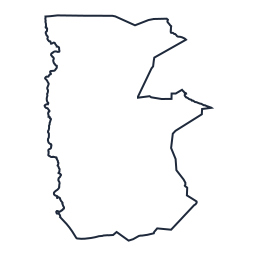 Haut-Sassandra, Haut-Sassandra, Ivory Coast
{"feature_id": "98640826B13622385448205", "entity_name": "Haut-Sassandra", "entity_type": "district", "adm_level": 2, "iso_a3": "CIV", "parent_name": "Ivory Coast", "parent_adm1": "Haut-Sassandra", "projection": "orthographic", "projection_center": [-6.803, 7.032], "detail": "fine", "context": "isolated", "style": "outline", "palette": "slate", "viewbox_px": 256, "rotation_deg": 0, "n_neighbors": 0, "source": "geoboundaries", "source_scale": "gbopen_adm2", "svg_char_len": 5478}
<svg xmlns="http://www.w3.org/2000/svg" viewBox="0 0 256 256"><path d="M166.7,18.7L153.5,19.0L153.3,19.1L148.6,20.0L135.0,25.3L115.3,16.4L112.4,15.8L82.9,15.7L57.4,15.4L50.1,16.2L45.5,16.5L45.6,17.3L45.3,18.3L45.5,19.0L45.4,19.7L45.5,20.3L45.7,20.8L45.4,21.8L45.9,23.6L46.0,24.4L45.9,24.7L46.1,26.1L46.1,26.6L45.6,27.1L45.8,27.7L46.1,27.7L46.3,27.5L46.5,27.9L47.0,28.3L47.1,28.6L47.1,29.2L46.9,31.1L46.6,31.5L46.1,31.7L45.8,32.1L45.7,33.0L46.6,35.4L47.3,36.0L47.8,36.9L47.7,37.7L47.4,38.5L47.4,38.9L48.1,40.2L48.7,40.7L48.9,41.1L49.2,41.3L50.0,41.3L50.3,41.4L51.1,43.7L51.6,43.6L52.4,43.3L53.4,42.7L53.8,42.6L54.5,42.8L54.8,43.0L55.3,44.1L56.7,45.9L56.9,46.2L56.8,46.6L57.2,46.7L57.5,46.6L57.9,46.7L58.5,47.0L58.9,47.4L59.1,48.0L59.1,49.4L59.4,50.6L59.4,51.2L59.3,51.6L58.9,51.8L57.6,51.9L56.5,51.5L55.1,51.4L54.4,51.6L53.6,51.9L53.4,52.0L52.6,52.9L52.1,53.0L51.6,53.4L51.4,53.6L51.1,54.2L51.2,55.3L51.9,56.0L52.5,56.9L53.2,57.2L53.7,58.1L53.8,58.8L53.3,60.0L53.2,60.8L53.4,61.5L53.8,62.8L54.5,63.9L54.8,64.0L55.2,64.8L56.1,65.6L56.7,65.7L56.9,66.0L56.7,66.6L56.8,67.5L56.4,68.4L55.7,69.1L55.4,69.7L54.7,70.5L54.2,70.7L53.8,70.8L52.3,70.9L51.5,71.0L50.9,71.0L50.5,71.2L50.1,71.9L50.3,72.5L50.4,73.1L50.7,73.3L50.9,73.7L50.8,74.2L49.5,74.8L48.8,75.7L48.7,76.1L48.4,76.6L47.2,76.7L46.5,76.6L45.9,77.0L45.3,77.7L45.1,78.2L45.3,78.7L46.6,80.0L47.1,80.7L48.1,82.7L48.6,83.4L48.7,83.9L48.4,84.9L48.0,85.9L47.2,88.0L47.4,89.1L47.8,89.7L47.9,90.0L48.0,91.0L47.8,92.3L47.5,93.2L47.1,93.9L47.4,95.7L46.9,97.4L46.7,98.9L46.9,100.7L47.7,102.5L48.2,102.8L48.3,103.2L47.9,104.3L47.1,104.2L46.2,104.4L44.9,105.2L44.6,105.7L44.9,106.7L45.4,107.3L46.2,108.0L46.6,108.1L47.4,108.2L47.6,108.3L48.9,110.2L49.3,110.6L49.5,111.0L49.4,111.4L49.2,111.7L48.6,111.9L48.3,112.4L48.2,113.0L48.1,113.3L48.4,115.0L48.6,115.3L48.6,116.2L48.5,116.8L48.9,116.9L49.3,116.8L49.6,116.9L49.8,117.4L49.8,118.2L50.1,118.4L50.6,118.5L50.8,118.7L50.9,119.2L50.9,119.5L50.6,120.1L49.9,122.4L49.7,122.7L49.6,123.1L49.7,124.1L49.0,125.8L49.1,127.7L49.0,128.7L48.6,130.2L48.3,130.9L48.1,131.0L48.0,132.1L48.3,132.7L48.7,133.1L48.9,133.6L48.9,136.0L48.8,137.4L48.5,138.1L48.1,138.7L47.9,140.0L48.3,141.8L48.5,142.3L48.8,142.8L50.1,143.9L50.7,144.0L51.0,144.2L51.0,144.7L51.4,145.0L51.4,145.3L51.4,145.9L51.2,146.1L51.1,146.5L51.1,147.4L51.0,147.8L50.7,148.4L50.1,148.8L49.0,149.3L48.4,150.0L48.3,150.8L48.4,151.3L48.7,151.8L48.5,153.0L48.6,153.6L48.4,154.4L48.3,155.1L48.5,155.4L48.9,155.8L49.5,156.0L50.2,156.4L50.6,156.8L51.3,157.0L52.7,157.0L53.1,156.7L53.9,157.0L54.3,157.0L54.7,157.1L54.9,157.1L55.4,157.3L56.1,157.3L56.3,157.4L56.3,158.0L56.8,158.3L56.8,158.5L56.7,158.7L56.8,159.1L57.9,161.0L57.9,161.3L57.9,162.1L58.0,162.3L58.4,162.8L58.3,164.0L57.7,165.3L57.6,165.6L58.1,166.0L58.3,166.3L58.7,167.3L58.9,168.1L59.4,168.7L59.6,169.2L59.5,170.1L59.4,170.7L59.4,171.7L58.6,172.7L58.5,173.0L60.2,173.9L60.9,174.6L61.0,175.0L60.8,175.5L60.4,176.0L59.8,177.2L59.4,177.5L58.6,178.3L58.6,178.9L58.4,179.5L58.3,180.0L58.4,180.3L58.6,180.8L59.3,181.9L59.6,183.2L59.3,184.7L59.3,185.2L59.1,186.5L59.3,186.9L59.0,187.8L58.6,188.5L57.5,189.7L55.8,190.8L54.3,192.2L54.0,192.6L53.9,193.3L54.0,194.2L54.2,194.6L54.5,194.9L55.2,195.4L55.7,195.6L56.1,195.8L57.3,196.2L57.4,196.4L57.6,196.6L57.1,197.5L57.0,197.8L57.2,198.0L57.4,198.0L58.2,197.2L59.1,197.5L60.0,198.2L60.1,198.5L60.0,198.9L60.7,200.3L61.2,201.2L61.9,201.9L62.6,202.9L62.6,203.1L62.3,203.6L62.4,203.8L63.4,206.4L64.0,207.3L64.0,207.9L63.9,208.6L63.7,208.8L63.0,209.1L62.4,210.1L62.1,210.3L61.6,210.3L61.3,210.5L60.9,211.1L60.4,211.4L59.4,211.7L59.2,211.6L58.3,211.4L57.7,211.1L57.1,211.0L56.9,211.0L56.3,211.7L56.4,212.7L56.7,213.2L57.0,213.6L57.3,213.6L57.5,213.5L58.2,213.6L58.7,213.4L58.9,213.4L59.1,214.1L59.6,214.6L60.2,216.1L60.3,216.8L60.1,217.1L66.6,224.0L69.5,227.6L72.2,231.4L76.2,237.8L76.7,238.3L77.5,238.5L81.3,238.8L84.8,238.7L90.9,238.0L95.2,237.2L99.0,236.2L102.3,235.9L103.6,235.5L107.7,235.2L108.3,235.3L113.1,235.0L116.6,232.0L128.6,240.6L133.1,239.2L138.8,236.0L139.4,235.8L139.8,235.8L140.5,235.6L142.0,235.6L147.5,234.8L153.8,233.3L154.2,231.9L157.2,228.4L171.1,229.7L194.1,205.2L195.6,204.3L195.9,203.8L196.6,202.8L196.6,202.4L196.7,202.1L196.6,201.7L196.5,201.4L190.8,197.8L186.9,195.4L187.2,187.8L186.9,187.4L185.3,186.3L184.8,185.7L185.3,184.7L185.4,184.3L185.3,183.8L185.4,182.8L183.6,179.5L176.4,170.2L175.6,159.0L171.1,148.0L172.8,133.7L175.5,130.8L201.8,114.3L202.1,109.0L211.4,107.8L211.1,107.6L209.8,107.2L209.1,106.9L206.5,106.0L205.6,105.6L204.8,105.2L204.0,105.3L203.7,105.2L201.3,103.8L200.0,103.6L198.1,102.9L196.5,102.2L195.0,102.0L194.7,101.8L194.2,101.4L193.8,101.2L193.4,100.8L192.8,100.6L192.0,100.7L191.4,99.8L190.5,99.6L190.1,99.4L189.1,99.1L187.9,98.1L186.9,97.6L186.2,97.4L186.1,97.1L185.8,97.0L185.3,96.4L184.8,95.7L184.7,95.4L184.8,94.5L184.9,94.3L186.1,93.7L185.9,93.2L185.1,92.8L184.4,92.6L183.7,91.5L183.0,91.0L182.0,89.8L175.8,93.5L171.6,93.5L171.5,98.9L161.6,99.0L151.2,97.3L149.6,96.2L138.0,97.7L138.0,96.6L151.5,68.4L153.1,66.4L153.8,60.6L154.3,57.6L186.0,39.7L185.4,39.1L184.6,38.5L182.9,37.7L182.0,37.3L180.2,36.8L178.7,36.7L178.4,36.7L177.6,36.5L177.0,36.1L176.1,34.9L175.1,34.0L174.5,34.0L174.1,33.9L173.4,33.2L172.9,32.9L171.7,32.9L171.0,32.7L170.8,32.2L170.7,31.5L170.9,30.7L170.7,30.1L171.0,29.1L170.9,28.0L171.2,26.2L170.8,25.8L170.1,25.3L169.7,24.6L168.0,22.6L167.6,22.1L167.4,21.4L167.4,21.1L167.6,20.9L167.9,19.7L167.2,19.2L166.9,18.9L166.7,18.7Z" fill="none" stroke="#1e293b" stroke-width="2"/></svg>